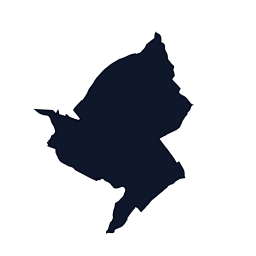 outline of Traian, Bacau, Romania, rotated 49°
{"feature_id": "2599482B58001489717641", "entity_name": "Traian", "entity_type": "district", "adm_level": 2, "iso_a3": "ROU", "parent_name": "Romania", "parent_adm1": "Bacau", "projection": "equal_earth", "projection_center": [27.033, 46.645], "detail": "fine", "context": "isolated", "style": "filled", "palette": "ink", "viewbox_px": 256, "rotation_deg": 49, "n_neighbors": 0, "source": "geoboundaries", "source_scale": "gbopen_adm2", "svg_char_len": 5742}
<svg xmlns="http://www.w3.org/2000/svg" viewBox="0 0 256 256"><g transform="rotate(49 128 128)"><path d="M193.0,212.6L193.3,211.6L194.5,210.3L196.5,208.4L196.8,207.8L196.9,207.3L196.8,206.8L196.6,206.4L195.9,205.8L195.7,205.5L195.7,205.2L195.7,204.5L195.7,203.7L195.7,203.2L195.9,202.8L196.3,202.0L196.6,200.7L196.9,199.7L197.4,198.6L197.6,197.6L197.7,196.4L197.7,195.3L197.3,192.8L196.8,191.1L196.1,190.0L195.6,189.4L196.2,189.1L194.9,187.8L194.0,184.3L192.9,179.6L192.3,175.5L191.5,173.7L194.7,172.6L195.2,172.5L196.1,172.6L197.9,172.7L199.4,172.7L199.3,172.3L199.0,168.4L198.9,167.4L198.6,166.2L198.4,163.1L198.2,161.8L197.7,159.6L197.5,157.8L197.5,155.5L197.5,154.9L197.6,154.3L197.6,152.7L197.7,151.5L197.6,151.2L197.7,150.4L197.6,150.1L197.8,144.2L197.9,142.8L197.8,141.7L197.7,141.0L197.5,140.0L197.7,139.1L197.9,139.1L197.9,138.5L197.8,137.7L197.8,136.9L197.3,136.8L197.3,136.4L197.4,136.0L197.5,135.0L197.7,134.3L198.0,133.3L198.2,132.4L198.4,131.5L198.7,130.9L198.9,131.0L199.1,130.2L199.1,129.7L198.9,127.6L198.9,127.0L199.3,124.2L199.7,122.3L200.3,121.0L200.8,120.2L201.5,119.2L202.3,117.9L202.0,117.8L201.5,117.5L200.9,117.2L200.5,117.0L199.3,115.8L198.9,115.7L198.6,115.5L198.4,115.2L197.9,114.8L197.3,114.5L196.7,114.2L196.3,114.1L196.1,114.2L195.9,114.2L195.7,114.0L195.6,113.8L187.2,112.1L187.0,113.4L186.7,114.9L181.7,113.9L177.1,113.4L176.2,113.4L169.4,112.8L167.6,112.8L163.9,112.6L158.8,112.2L156.0,112.0L156.1,111.1L156.3,109.7L157.7,104.0L157.8,102.7L158.0,101.9L158.2,101.0L158.9,98.8L159.3,97.1L159.7,95.9L159.8,95.2L160.2,94.1L160.5,93.0L160.7,91.3L160.8,88.7L160.2,87.2L159.9,86.8L159.8,86.4L159.4,85.2L159.2,84.8L158.4,83.5L158.0,82.8L157.2,80.1L156.8,78.9L156.5,77.9L156.4,77.4L156.4,76.8L156.1,75.1L155.9,74.5L155.8,74.2L154.9,73.2L154.7,72.9L154.6,72.7L154.7,71.2L154.6,70.8L154.6,70.3L154.6,69.9L153.8,68.3L152.9,66.8L152.4,65.4L152.4,65.0L152.5,64.6L152.2,64.8L150.8,65.1L150.1,65.1L147.7,64.9L144.2,64.8L143.3,64.8L142.5,65.1L141.7,65.1L141.1,65.2L139.8,65.8L138.2,66.4L137.7,66.6L137.0,66.8L135.8,66.9L133.6,66.6L132.5,63.4L132.3,63.1L127.2,63.2L119.6,63.6L118.5,58.7L116.0,57.4L113.1,56.1L111.9,53.8L111.5,53.5L110.9,53.2L110.6,53.3L110.3,53.4L107.5,53.7L105.1,53.4L103.3,53.5L101.7,53.0L100.4,52.4L99.7,51.5L99.2,51.5L98.5,50.7L97.1,50.3L96.4,50.1L95.9,50.0L92.7,49.1L90.8,47.5L89.1,46.3L87.5,46.3L85.4,47.2L85.0,47.3L83.7,46.3L83.0,45.5L82.4,45.2L81.6,44.4L81.0,44.0L79.6,43.5L78.5,43.4L77.6,43.5L76.1,44.2L74.9,44.4L75.3,44.7L74.8,45.1L75.5,46.3L77.1,47.8L77.6,48.1L78.0,48.6L78.1,49.0L78.1,50.2L77.9,52.7L77.8,53.8L77.7,55.7L77.6,58.4L77.6,58.8L77.7,59.2L78.5,61.2L78.8,61.7L79.0,62.3L79.2,63.3L79.4,63.9L79.4,64.6L79.4,65.4L79.6,66.5L79.8,68.8L79.8,69.2L79.7,69.8L79.5,70.7L79.1,71.2L78.5,72.4L78.5,73.0L77.9,73.6L77.3,74.0L77.0,74.0L76.9,74.2L75.6,76.4L74.4,79.2L74.0,80.7L73.7,81.7L73.4,82.9L73.1,83.6L72.9,84.4L72.9,84.7L72.8,85.0L72.6,85.3L72.4,85.8L72.0,86.9L71.5,88.2L70.9,89.4L70.0,94.3L69.4,97.5L69.3,99.3L69.1,100.0L69.2,100.6L69.1,101.5L69.0,104.4L68.9,106.4L68.9,107.8L69.1,110.3L69.7,114.8L69.8,116.1L70.1,118.6L70.5,120.2L70.9,121.9L71.5,123.5L71.9,124.6L72.3,126.4L72.7,127.9L73.1,129.9L73.6,131.7L73.8,132.4L74.2,133.2L74.8,134.4L75.6,136.1L76.0,137.3L76.4,138.7L77.1,141.0L77.3,141.9L77.6,142.9L77.6,143.4L77.7,144.5L77.6,144.9L77.2,145.4L77.4,146.0L77.6,148.0L77.7,150.0L77.8,150.3L78.1,153.1L78.5,155.6L78.9,157.0L79.4,157.1L86.5,157.3L90.5,157.5L90.4,158.8L89.7,162.0L88.9,161.3L88.1,161.6L87.2,162.3L83.5,164.4L81.4,165.5L77.9,165.7L77.8,165.8L77.8,166.0L78.6,167.6L78.6,167.8L73.8,170.8L72.4,171.7L70.4,170.3L69.2,169.7L69.7,171.1L70.0,171.6L70.1,172.1L70.3,172.7L70.3,173.1L70.2,173.2L69.7,173.4L65.5,173.6L53.7,185.7L58.3,184.9L59.3,184.5L62.6,182.6L64.8,180.6L66.1,179.7L67.4,179.5L69.7,179.8L71.6,180.6L73.8,181.5L75.4,181.9L77.8,182.3L78.8,182.5L80.0,183.0L81.4,183.6L83.1,184.6L83.7,185.0L84.1,185.9L84.5,187.7L84.6,188.2L84.5,188.9L84.4,189.9L84.2,190.9L85.3,192.3L85.4,192.9L85.8,193.9L86.0,194.8L85.9,196.0L87.0,196.2L86.3,198.1L86.5,198.3L88.0,198.4L88.4,198.4L88.5,198.5L89.0,199.8L96.5,195.7L96.9,195.9L97.4,196.4L97.6,196.9L97.8,197.1L98.3,197.3L99.3,197.6L99.4,198.1L99.5,198.3L100.0,198.3L100.4,198.2L101.0,198.1L101.4,198.1L101.7,198.4L101.7,198.5L101.6,198.9L101.6,199.0L102.0,198.9L102.4,198.9L102.9,199.2L103.4,199.4L103.9,199.5L104.5,199.8L105.1,200.1L105.4,200.1L105.7,200.1L106.2,200.2L106.7,200.1L107.2,200.1L107.8,200.4L108.3,200.5L108.9,200.4L110.1,200.0L110.6,199.9L110.9,199.8L111.1,199.6L111.4,199.6L111.8,199.6L112.1,199.4L112.6,199.3L112.9,199.2L113.5,198.8L113.7,198.7L114.1,198.6L115.4,198.2L116.7,197.6L117.3,197.5L118.2,196.9L119.3,196.2L120.2,195.6L121.4,195.1L122.2,194.9L123.0,194.8L124.0,194.8L124.4,194.9L126.0,194.5L126.8,194.1L131.2,192.4L138.2,189.7L141.6,188.4L145.6,186.5L146.9,185.9L146.7,185.0L146.4,184.6L146.1,184.2L147.9,183.7L148.0,183.6L148.1,183.0L148.4,181.5L148.5,181.0L148.8,180.5L148.9,180.1L148.9,179.7L149.1,179.5L151.9,179.4L152.6,179.3L153.0,179.2L153.6,178.9L154.9,178.1L155.2,178.0L156.8,177.7L157.1,177.7L157.5,177.3L158.2,177.2L158.8,177.2L160.4,177.4L162.4,177.2L162.9,177.5L163.0,177.6L164.1,177.1L164.5,177.0L165.8,175.5L166.4,174.5L167.8,170.9L168.3,170.2L169.0,169.6L169.7,169.3L170.6,169.2L171.7,169.4L172.5,169.6L173.1,169.9L173.8,170.5L174.8,171.9L175.4,173.5L175.8,174.1L176.5,175.1L176.9,176.1L177.2,177.8L177.2,179.6L177.3,180.6L177.5,181.5L177.6,182.6L177.6,183.6L177.2,185.5L177.0,186.4L177.0,186.8L179.5,189.8L180.6,191.8L181.2,192.7L183.9,196.0L186.2,197.5L186.9,198.4L187.8,200.2L188.2,201.1L188.1,202.3L188.3,203.3L188.5,203.7L188.8,204.1L189.6,205.6L191.1,207.9L191.8,208.8L192.2,209.8L192.2,211.3L192.2,211.6L192.6,212.2L193.0,212.6Z" fill="#0f172a" stroke="#020617" stroke-width="1.5"/></g></svg>